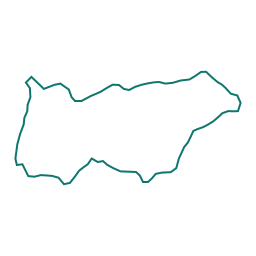 Albertina, Minas Gerais, Brazil
{"feature_id": "56859067B51905321176706", "entity_name": "Albertina", "entity_type": "district", "adm_level": 2, "iso_a3": "BRA", "parent_name": "Brazil", "parent_adm1": "Minas Gerais", "projection": "equal_earth", "projection_center": [-46.609, -22.199], "detail": "fine", "context": "isolated", "style": "outline", "palette": "teal", "viewbox_px": 256, "rotation_deg": 0, "n_neighbors": 0, "source": "geoboundaries", "source_scale": "gbopen_adm2", "svg_char_len": 1169}
<svg xmlns="http://www.w3.org/2000/svg" viewBox="0 0 256 256"><path d="M240.6,102.9L237.3,95.5L230.8,93.7L225.8,88.2L222.0,84.7L217.6,82.1L212.1,77.5L206.1,71.8L201.1,71.9L195.2,76.0L189.4,79.5L180.6,80.5L172.8,82.8L165.5,83.6L159.0,82.0L153.5,82.4L147.7,83.4L141.8,84.7L135.0,86.9L129.1,90.0L123.8,88.9L119.0,85.0L112.6,84.7L106.9,87.9L100.6,91.8L95.6,94.0L91.0,95.9L86.4,98.4L81.4,101.0L75.0,101.0L71.6,97.2L68.8,89.5L60.3,83.6L54.2,84.9L43.9,88.9L31.4,76.9L25.9,82.6L29.9,88.2L30.4,97.2L27.6,104.9L27.3,111.1L24.4,117.8L23.7,124.4L20.1,134.1L17.3,144.3L15.4,158.8L16.9,165.0L22.4,164.3L24.9,169.3L28.3,176.1L34.5,176.7L40.9,175.1L47.2,175.5L52.2,175.9L58.5,177.7L64.0,184.2L69.9,182.9L75.0,176.5L79.1,170.7L83.6,167.2L87.8,164.2L91.7,158.5L97.7,162.0L103.0,161.1L107.2,164.8L113.2,168.1L120.5,171.4L129.3,171.7L136.1,172.0L139.8,175.5L143.0,182.0L148.0,182.0L151.8,178.5L155.7,173.9L161.9,172.6L170.7,172.2L176.3,168.1L178.9,158.5L182.0,151.8L184.2,147.0L187.9,142.5L190.6,136.9L193.4,130.9L198.0,128.9L203.2,127.1L208.3,124.4L213.3,121.3L218.2,117.1L222.4,113.2L228.2,111.1L233.5,111.3L238.0,111.1L240.6,102.9Z" fill="none" stroke="#0f766e" stroke-width="2"/></svg>